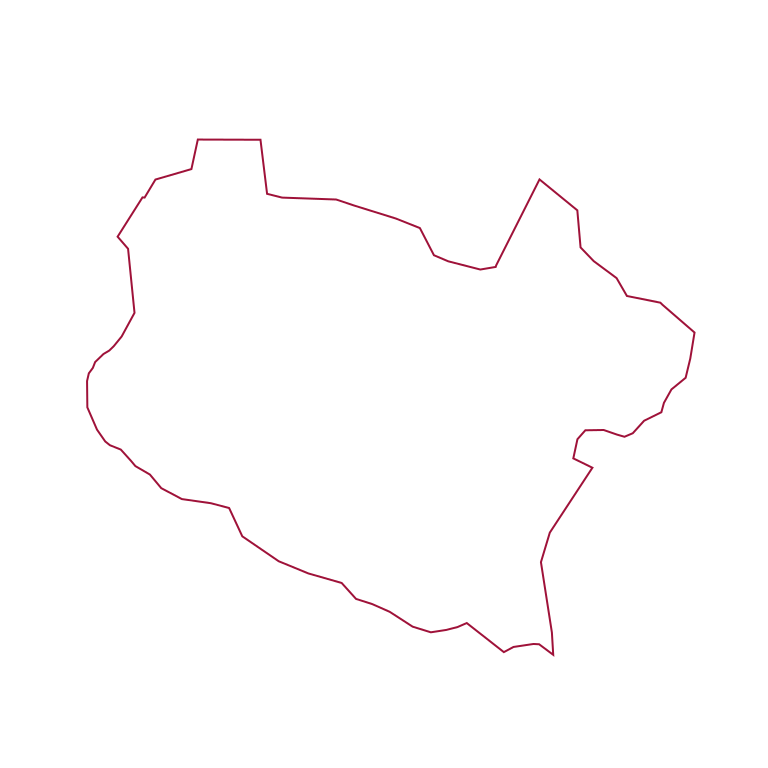 the district of Gbako, Niger, Nigeria, rotated 283°
{"feature_id": "59680162B42207826884677", "entity_name": "Gbako", "entity_type": "district", "adm_level": 2, "iso_a3": "NGA", "parent_name": "Nigeria", "parent_adm1": "Niger", "projection": "albers", "projection_center": [6.013, 9.318], "detail": "fine", "context": "isolated", "style": "outline", "palette": "rose", "viewbox_px": 768, "rotation_deg": 283, "n_neighbors": 0, "source": "geoboundaries", "source_scale": "gbopen_adm2", "svg_char_len": 1169}
<svg xmlns="http://www.w3.org/2000/svg" viewBox="0 0 768 768"><g transform="rotate(283 384 384)"><path d="M594.2,208.7L580.3,147.6L550.1,148.0L531.8,115.3L511.8,108.8L511.5,106.7L467.6,91.3L458.2,104.2L397.2,124.9L371.3,117.7L360.1,112.2L354.8,108.8L350.1,103.9L340.4,97.6L334.2,96.7L328.0,94.0L320.1,94.0L294.5,100.2L275.0,114.6L265.3,125.3L262.7,130.7L260.9,142.3L252.1,154.9L248.1,160.2L243.1,176.3L232.4,190.4L226.4,212.9L228.9,242.2L228.3,261.0L203.7,280.2L187.6,321.3L182.4,352.9L180.6,387.5L168.3,405.1L166.9,422.1L163.3,440.8L154.0,466.5L152.6,485.5L158.3,499.8L163.7,510.3L169.7,518.4L149.7,561.1L156.9,569.3L164.3,588.1L165.3,593.7L158.2,609.8L179.6,603.5L245.7,577.0L276.5,579.0L349.3,605.9L354.1,585.2L373.7,584.9L384.2,590.6L388.6,608.4L387.1,622.5L386.7,630.2L392.0,637.5L406.7,645.7L418.9,660.6L428.6,661.0L443.4,665.3L457.9,676.5L477.7,676.7L504.0,675.0L523.8,637.6L525.4,635.0L524.4,600.9L539.5,586.8L550.9,560.7L561.3,544.8L596.7,533.3L618.3,489.5L524.8,466.6L523.2,466.5L517.2,452.1L518.0,419.0L520.7,403.7L544.0,383.9L547.9,358.3L551.2,314.5L553.0,295.9L542.7,242.8L543.0,227.3L594.2,208.7Z" fill="none" stroke="#9f1239" stroke-width="2"/></g></svg>